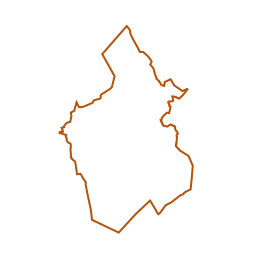 Overhalla nor, Nord-Trøndelag, Norway (Albers equal-area conic projection), rotated 346°
{"feature_id": "86288312B92736978662870", "entity_name": "Overhalla nor", "entity_type": "district", "adm_level": 2, "iso_a3": "NOR", "parent_name": "Norway", "parent_adm1": "Nord-Trøndelag", "projection": "albers", "projection_center": [12.025, 64.481], "detail": "fine", "context": "isolated", "style": "outline", "palette": "amber", "viewbox_px": 256, "rotation_deg": 346, "n_neighbors": 0, "source": "geoboundaries", "source_scale": "gbopen_adm2", "svg_char_len": 4662}
<svg xmlns="http://www.w3.org/2000/svg" viewBox="0 0 256 256"><g transform="rotate(346 128 128)"><path d="M120.9,50.1L127.5,74.5L122.4,84.2L120.2,85.7L110.6,88.9L109.5,89.4L109.1,90.9L108.7,92.2L107.8,92.8L104.3,92.8L103.0,92.9L101.5,92.9L99.8,94.9L99.0,95.1L94.1,95.9L91.9,96.3L89.6,96.5L88.5,96.5L87.8,96.5L85.5,95.9L84.3,90.6L80.0,98.3L76.3,99.2L75.9,103.0L73.4,108.0L71.1,108.1L69.3,108.4L68.7,108.9L68.5,109.1L65.9,111.0L66.1,111.8L63.6,111.9L64.0,113.9L64.0,114.6L64.0,115.0L64.1,115.6L63.8,115.9L63.5,115.7L63.0,115.5L62.8,115.4L61.7,115.4L61.1,115.5L60.6,115.5L60.3,116.2L61.6,116.9L61.8,117.0L64.7,118.9L65.0,119.0L65.4,119.2L66.3,119.7L66.2,120.0L66.0,120.3L65.9,120.5L65.7,120.8L65.6,121.0L65.6,121.4L65.5,121.7L65.5,121.8L65.6,122.0L65.8,122.5L66.0,122.8L66.0,123.1L65.9,123.4L65.9,123.8L65.8,124.1L65.7,124.6L65.6,125.0L65.5,125.5L66.2,127.2L66.4,127.5L66.8,127.9L67.0,128.1L68.4,129.1L68.4,130.7L68.3,131.3L68.0,131.9L67.9,132.4L67.9,132.7L67.5,133.7L67.0,134.7L66.3,139.5L66.2,140.1L66.1,140.7L65.5,142.2L65.7,142.6L65.6,142.9L65.6,143.1L65.9,143.7L66.0,143.9L66.2,144.1L66.2,144.4L66.2,144.6L66.3,144.8L66.5,145.0L66.8,145.5L66.9,145.8L67.2,146.0L68.6,147.9L67.4,160.6L70.9,161.0L72.4,166.5L73.9,170.1L73.2,172.6L73.2,173.1L72.9,178.4L72.6,185.0L72.6,185.5L72.5,187.1L72.5,189.5L72.4,191.2L72.1,199.0L71.9,200.8L71.7,202.0L71.2,206.0L70.9,208.5L71.5,209.0L72.5,209.8L80.3,216.2L83.2,218.6L83.9,219.2L93.7,227.2L111.6,215.4L114.4,213.5L121.2,209.7L128.5,205.6L131.8,203.8L133.2,208.0L134.9,213.5L135.6,216.3L136.5,219.0L137.9,218.4L139.1,217.7L145.8,212.1L152.1,210.6L156.8,208.5L162.5,206.0L165.8,205.6L166.7,204.5L168.4,203.9L173.9,202.7L177.5,192.7L181.7,180.3L180.0,169.8L173.6,163.1L172.7,162.1L172.3,160.8L172.2,160.7L171.8,160.3L171.7,160.1L171.5,159.9L171.4,159.8L171.3,159.7L171.3,159.4L171.2,159.3L171.0,159.0L170.8,158.5L170.6,158.1L170.5,157.9L170.5,157.7L170.4,157.6L170.4,157.4L170.2,157.1L170.3,157.0L170.3,156.9L170.3,156.6L170.4,156.4L170.4,156.2L170.4,155.9L170.4,155.7L170.5,155.5L170.6,155.4L170.8,155.4L170.9,155.2L171.0,155.2L171.3,155.1L171.5,154.6L171.5,154.2L171.4,154.1L171.5,153.9L171.5,153.7L171.5,153.4L171.7,153.2L171.7,152.9L171.9,152.8L172.0,152.7L172.1,152.4L172.4,151.5L172.7,150.6L172.9,150.0L173.2,148.6L173.4,148.2L173.2,147.9L173.3,147.4L173.3,147.2L173.3,146.8L173.7,146.5L173.9,146.3L174.2,146.1L174.4,145.8L174.5,145.6L174.8,145.4L175.0,145.4L175.0,145.2L174.9,145.0L174.9,144.6L174.9,144.4L174.8,143.9L174.8,143.7L174.7,143.6L174.7,143.4L174.6,143.2L174.4,142.9L174.2,142.5L174.0,142.4L173.9,142.2L173.8,141.4L173.7,141.1L173.6,140.6L173.7,140.2L173.7,139.9L173.6,139.2L173.8,138.9L174.0,138.7L174.0,138.2L173.9,137.9L173.7,137.5L173.3,137.2L173.2,137.3L173.1,137.1L172.8,137.1L172.3,136.7L172.2,136.6L172.2,136.4L172.0,136.2L171.6,136.0L171.4,136.1L171.1,135.7L170.8,135.4L170.4,134.9L168.4,135.3L166.7,136.2L164.9,135.3L164.5,135.1L164.2,134.9L163.9,134.9L163.2,134.8L163.0,134.2L162.7,133.6L162.8,133.5L162.9,133.4L162.7,133.0L162.5,132.8L162.5,132.6L162.4,132.5L162.3,132.4L162.3,132.2L162.2,132.0L162.2,131.9L162.3,131.8L162.3,131.7L162.3,131.4L162.3,131.2L162.3,130.9L162.2,130.8L162.1,130.6L162.2,130.4L162.0,130.2L161.9,130.1L161.9,129.9L161.8,129.7L161.7,129.6L161.8,129.4L161.7,129.3L161.8,129.2L162.0,129.0L162.1,128.9L162.2,128.7L162.3,128.5L162.2,128.4L162.3,128.4L162.5,128.2L162.7,127.8L162.7,127.7L162.8,127.6L162.8,127.4L163.0,127.2L163.0,126.9L163.3,126.5L163.3,126.4L163.5,126.3L163.6,126.2L164.7,125.2L169.4,122.5L171.5,123.5L174.4,117.9L173.4,116.8L173.8,116.3L173.7,116.0L173.6,115.3L174.0,115.1L173.8,114.6L173.4,113.9L173.6,113.3L173.2,112.9L173.7,112.2L176.3,112.6L178.1,112.8L178.4,112.2L178.6,111.4L178.6,110.1L178.6,109.4L178.6,108.1L180.6,108.7L181.9,109.7L182.3,109.8L182.5,109.9L183.1,110.6L183.4,110.7L183.6,110.9L183.6,111.0L184.1,111.2L184.5,111.5L184.8,111.8L189.3,109.3L195.7,104.3L189.7,105.3L188.2,103.5L183.3,98.0L182.2,94.8L182.1,94.5L181.9,93.5L181.1,91.0L174.8,92.3L173.2,95.9L170.4,93.9L170.3,93.6L170.3,93.3L170.3,93.1L170.3,92.9L170.3,92.7L170.2,92.0L170.0,91.5L169.9,91.3L169.4,90.8L169.6,90.3L169.5,89.8L169.3,89.6L169.2,89.5L169.0,89.3L168.9,89.2L168.6,88.8L168.5,88.7L168.4,88.4L168.3,88.2L168.2,88.0L168.1,87.9L167.9,87.5L167.5,87.0L167.5,86.9L167.5,86.0L167.6,85.1L167.2,82.6L167.1,76.2L164.9,71.9L165.0,71.8L165.0,71.7L165.4,71.3L165.6,71.1L165.9,70.8L166.0,70.7L166.2,70.4L166.3,70.3L166.4,70.1L166.6,70.0L166.7,69.8L166.8,69.7L166.9,69.4L166.9,69.1L167.0,68.8L164.6,63.0L164.2,62.5L163.8,61.9L161.2,58.0L157.9,57.1L157.0,52.9L154.2,42.5L153.1,37.3L153.5,33.2L151.4,28.8L136.2,39.4L120.9,50.1Z" fill="none" stroke="#b45309" stroke-width="2"/></g></svg>